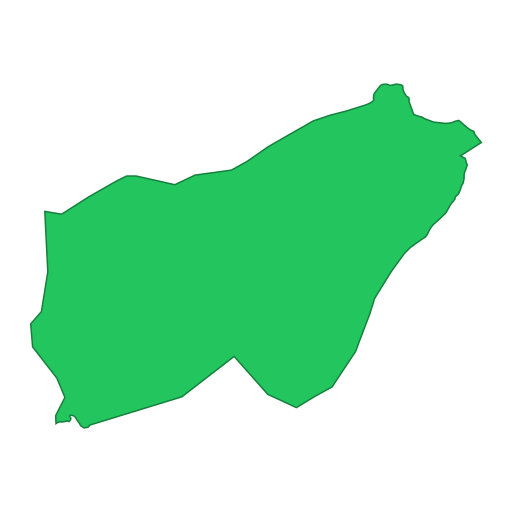 the district of Cagaanchuluut, Dzavhan, Mongolia
{"feature_id": "93677404B73387413800607", "entity_name": "Cagaanchuluut", "entity_type": "district", "adm_level": 2, "iso_a3": "MNG", "parent_name": "Mongolia", "parent_adm1": "Dzavhan", "projection": "robinson", "projection_center": [96.827, 47.128], "detail": "fine", "context": "isolated", "style": "filled", "palette": "green", "viewbox_px": 512, "rotation_deg": 0, "n_neighbors": 0, "source": "geoboundaries", "source_scale": "gbopen_adm2", "svg_char_len": 3533}
<svg xmlns="http://www.w3.org/2000/svg" viewBox="0 0 512 512"><path d="M481.3,142.5L474.6,134.1L473.8,131.3L470.3,129.9L466.3,126.9L458.9,120.4L455.5,121.2L453.4,122.0L450.8,122.9L445.8,123.4L433.7,122.1L427.3,119.7L424.8,118.8L422.1,117.1L419.4,116.5L413.7,114.5L409.0,101.4L409.2,99.4L408.7,97.6L406.4,96.1L404.8,93.7L403.2,90.3L402.8,87.5L402.8,86.4L402.7,85.9L402.5,85.6L402.0,85.3L401.2,85.0L400.4,84.7L398.7,84.4L396.5,84.1L395.5,84.2L393.4,84.8L391.4,85.2L390.3,85.3L389.7,85.3L389.4,85.2L388.9,85.0L388.1,84.6L387.5,84.3L387.2,84.3L386.7,84.2L385.8,84.2L384.7,84.2L383.9,84.3L383.0,84.4L382.9,84.4L382.1,84.6L381.2,85.1L380.3,85.8L380.2,85.9L379.0,87.3L378.8,87.5L378.5,87.9L377.5,89.3L377.1,89.8L375.7,91.6L375.2,92.2L374.9,92.5L374.6,92.9L374.1,93.9L373.8,95.0L373.6,96.1L373.5,97.2L373.5,98.0L373.6,99.7L373.6,99.9L373.5,100.2L373.5,100.5L373.3,100.7L373.0,101.0L372.6,101.4L372.5,101.5L371.4,102.2L369.9,103.1L368.4,103.8L365.5,105.0L357.5,107.5L356.9,107.7L355.2,108.2L355.0,108.3L345.6,111.2L330.1,115.2L328.0,115.9L327.3,116.1L326.3,116.5L325.6,116.7L323.4,117.5L322.8,117.7L320.0,118.6L319.1,118.9L313.5,120.8L311.8,121.7L311.2,122.1L308.1,123.8L307.6,124.2L301.3,127.8L300.7,128.1L299.2,128.9L298.7,129.2L284.3,137.4L284.0,137.6L268.2,146.7L247.1,161.4L231.4,170.1L195.1,175.1L174.8,184.7L136.1,176.0L126.6,176.0L116.3,181.1L89.0,196.7L61.6,214.2L44.8,211.4L47.8,271.8L42.1,307.3L41.4,311.6L30.7,323.9L32.6,346.9L56.9,378.2L64.9,397.4L55.7,415.5L55.9,421.8L56.0,422.1L56.0,422.4L56.0,423.6L58.0,422.3L58.8,422.1L59.6,422.0L60.3,421.9L61.4,421.9L62.5,421.9L64.2,421.7L65.8,421.3L66.5,421.1L66.9,421.1L67.5,421.1L68.1,421.4L68.6,421.5L69.1,421.5L69.8,420.9L70.0,420.6L70.2,420.2L70.5,419.7L70.8,419.3L70.8,418.6L70.8,418.1L70.7,417.7L70.3,417.1L70.0,416.8L69.8,416.5L69.6,416.1L69.8,415.6L70.2,415.3L70.5,415.2L70.8,415.2L71.3,415.2L72.0,415.3L72.6,415.5L73.4,415.8L74.2,416.2L74.7,416.6L75.7,417.7L76.8,419.8L78.4,422.0L79.2,423.1L79.8,424.1L80.4,425.2L80.6,425.5L80.9,425.9L81.2,426.1L82.1,426.7L82.8,427.1L83.2,427.4L83.8,427.8L84.5,427.9L85.3,427.7L85.8,427.6L86.3,427.6L86.9,427.5L87.5,427.4L87.8,427.3L88.2,427.0L88.3,427.0L88.4,426.9L88.7,426.7L89.1,426.1L89.7,425.1L181.9,396.8L234.1,356.4L267.8,394.4L296.4,407.6L314.0,396.9L332.1,386.9L355.3,351.9L355.5,351.6L355.6,351.4L356.5,349.0L360.0,339.6L360.2,339.2L369.9,313.6L374.7,298.3L391.1,271.8L402.3,256.3L404.5,253.4L408.4,249.4L411.0,247.0L412.5,246.0L414.3,244.6L416.9,242.8L420.5,240.2L425.3,237.1L425.9,236.4L426.4,235.8L427.1,234.8L427.9,233.2L429.1,230.8L429.9,229.2L430.0,229.0L431.2,227.2L432.4,225.6L433.7,224.2L436.5,221.8L440.5,218.2L443.0,215.6L444.7,214.1L446.0,212.6L447.1,210.9L447.8,209.5L448.4,208.5L448.7,207.9L449.5,206.3L450.5,204.8L451.3,203.7L451.9,202.8L452.0,202.7L453.2,201.5L454.0,200.4L454.7,199.4L454.8,199.3L455.0,198.8L455.1,198.1L455.1,197.4L455.4,196.8L456.3,195.9L457.2,195.1L458.2,194.2L458.7,193.4L458.8,193.3L458.9,192.9L459.1,192.5L459.1,192.4L459.3,191.9L459.9,190.8L460.3,189.7L460.7,188.6L461.2,186.8L461.6,185.8L462.0,185.0L462.5,184.2L463.0,183.4L463.3,182.7L463.4,181.9L463.6,180.9L463.9,179.7L464.0,179.0L464.0,178.3L464.1,178.1L464.1,177.3L464.1,176.3L464.1,175.2L464.2,174.2L464.3,173.3L464.5,172.6L465.4,170.4L465.9,169.1L466.3,167.7L466.7,166.8L467.1,165.5L467.2,165.0L467.2,164.4L466.7,163.7L466.3,162.8L466.2,162.3L466.0,161.2L465.5,159.3L465.2,158.5L465.0,158.2L464.5,158.0L463.8,157.7L462.5,156.9L461.5,156.4L460.5,155.8L480.9,142.8L481.3,142.5Z" fill="#22c55e" stroke="#15803d" stroke-width="1.5"/></svg>